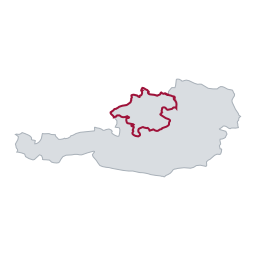 where Oberösterreich sits in Austria
{"feature_id": "AUT-2326", "entity_name": "Oberösterreich", "entity_type": "State", "adm_level": 1, "iso_a3": "AUT", "parent_name": "Austria", "parent_adm1": "", "projection": "natural_earth1", "projection_center": [13.938, 48.12], "detail": "fine", "context": "in_parent", "style": "outline", "palette": "rose", "viewbox_px": 256, "rotation_deg": 0, "n_neighbors": 0, "source": "natural_earth", "source_scale": "10m", "svg_char_len": 6915}
<svg xmlns="http://www.w3.org/2000/svg" viewBox="0 0 256 256"><path d="M15.4,144.1L17.9,139.5L18.4,136.7L16.3,135.0L15.4,134.5L16.2,134.1L19.2,134.4L21.1,133.5L22.1,132.6L24.8,133.5L28.7,135.2L30.5,136.4L31.2,137.3L31.6,138.1L31.4,139.4L32.3,140.0L34.1,140.2L35.3,140.6L34.9,142.3L34.8,143.8L36.5,143.6L38.6,142.4L40.3,140.5L41.4,138.5L42.3,133.9L42.5,133.5L43.8,133.8L49.0,133.6L51.4,134.5L55.3,134.7L55.3,135.4L55.9,136.5L57.6,138.2L58.5,139.3L60.3,139.4L63.1,138.9L64.7,138.2L65.3,138.7L67.9,138.2L70.1,136.9L70.7,135.9L73.0,135.2L76.1,133.5L80.3,132.3L94.2,130.9L94.7,129.9L94.5,127.5L94.9,127.2L96.6,127.8L99.4,128.3L101.6,129.2L103.0,130.3L104.3,130.3L106.3,129.5L109.0,129.0L111.5,130.2L112.2,131.4L111.8,132.0L111.8,133.0L112.6,133.8L114.7,135.2L117.3,136.3L118.7,136.2L119.2,135.1L119.7,132.4L119.9,129.6L119.3,127.9L117.8,127.5L116.1,127.4L115.2,127.1L115.6,126.2L116.9,123.8L116.9,120.7L113.9,117.2L111.2,113.8L111.3,112.6L112.9,110.6L115.3,109.0L120.8,106.3L122.5,105.7L124.7,105.3L127.9,104.2L129.4,103.0L130.4,101.8L131.9,95.4L132.3,95.1L132.7,94.8L138.3,97.0L138.8,96.6L139.7,96.2L141.5,94.6L141.9,93.3L141.9,90.8L142.0,88.6L142.4,87.8L143.2,88.1L145.6,89.3L147.5,90.6L149.2,94.0L153.4,94.9L158.6,95.0L160.5,93.5L162.2,93.1L164.1,93.6L168.1,94.1L168.6,91.4L170.9,88.6L171.9,87.6L174.9,87.7L175.6,85.6L176.3,79.7L176.9,79.1L179.1,79.2L181.2,80.3L181.9,81.1L183.0,81.0L184.5,80.5L186.3,80.1L189.0,80.7L194.7,83.4L197.7,84.3L199.6,84.1L201.4,84.2L208.2,88.3L213.0,88.9L217.3,88.9L218.7,87.6L220.6,86.6L222.5,86.7L224.2,87.3L227.5,89.1L229.0,89.5L231.0,89.8L232.5,90.2L233.9,93.3L234.6,94.1L234.5,94.5L234.4,95.9L233.2,97.7L232.0,100.0L232.1,102.1L235.4,109.2L238.3,113.5L238.8,115.1L240.6,116.4L238.9,118.0L238.6,120.3L237.5,121.4L237.3,122.7L237.8,124.0L237.8,125.5L238.4,127.6L235.7,128.1L232.4,128.0L231.2,128.1L230.1,128.7L229.0,128.4L226.0,126.4L224.3,126.0L223.2,126.1L222.3,127.0L220.8,128.1L219.4,128.9L219.7,129.5L225.8,131.3L227.0,134.1L225.8,136.3L225.4,137.4L224.0,138.3L222.2,139.0L220.1,139.2L219.9,140.4L220.7,144.0L220.1,144.7L219.4,145.8L220.1,148.8L221.4,149.0L221.7,149.6L221.5,150.8L221.3,152.1L220.8,153.4L220.6,154.0L219.7,154.4L217.0,154.2L214.6,155.3L209.9,159.4L208.3,160.1L206.5,161.8L206.7,165.4L206.4,165.7L206.0,166.4L200.3,165.2L200.1,165.2L196.3,165.6L193.7,167.3L190.6,168.2L184.0,167.7L177.6,168.4L176.0,168.9L174.4,169.1L172.8,170.1L171.9,171.5L170.3,173.2L168.1,174.5L165.6,175.6L165.0,176.4L164.2,176.9L162.8,176.3L161.7,176.3L160.3,175.9L155.8,175.4L150.8,174.6L148.4,173.8L145.7,173.2L142.8,172.7L140.2,172.6L138.9,172.4L132.7,171.0L128.5,171.0L123.1,170.4L112.3,168.4L109.2,167.6L106.2,167.3L102.6,166.6L99.9,165.5L98.2,163.3L96.4,160.5L93.1,156.7L92.4,154.8L93.4,153.2L94.5,152.0L94.4,151.4L93.5,151.2L87.6,152.8L81.8,154.8L79.6,154.8L77.4,154.4L74.5,154.4L71.7,154.9L66.1,155.2L62.8,156.7L60.7,159.6L59.5,161.9L58.5,162.7L56.6,163.0L53.7,162.7L51.6,162.1L49.5,160.1L46.3,159.8L43.3,159.7L42.5,159.4L42.6,158.1L41.5,155.6L39.5,154.8L34.4,159.5L33.0,159.9L29.0,158.6L25.5,156.6L25.1,155.2L24.6,154.0L21.6,152.9L17.9,152.1L16.8,152.1L17.2,151.4L17.7,150.2L17.4,149.3L16.6,148.3L16.1,147.3L16.0,146.3L15.8,145.4L15.6,144.7L15.4,144.1Z" fill="#d9dde1" stroke="#a8b0b8" stroke-width="1"/><path d="M167.7,95.0L168.1,94.6L168.7,95.1L170.6,95.5L171.5,95.8L172.5,96.3L173.6,96.4L174.0,96.5L174.5,96.8L174.7,97.2L174.8,97.6L174.8,97.8L174.7,97.8L174.0,97.8L173.9,97.8L173.8,98.0L173.8,98.4L173.8,98.6L173.8,98.9L173.9,99.3L174.6,100.1L175.3,100.3L175.5,101.5L176.0,101.9L176.2,102.2L176.5,104.1L176.3,107.3L176.3,108.2L175.9,107.7L175.5,107.5L175.2,107.4L173.7,107.5L173.2,107.7L172.8,108.1L172.3,108.6L171.9,108.9L167.7,109.8L167.1,109.6L166.6,109.2L165.8,108.2L165.4,107.8L165.0,107.6L164.4,107.4L163.1,107.4L162.7,107.7L162.5,107.8L162.3,107.9L162.2,108.0L162.1,108.4L161.9,109.9L161.8,110.2L161.7,110.5L161.6,110.8L161.8,111.8L161.8,112.0L162.0,112.2L161.9,112.3L161.8,112.6L161.4,112.9L161.4,113.0L161.4,113.3L160.9,114.0L160.7,114.2L160.4,114.3L160.4,114.5L160.9,115.0L165.7,118.1L167.3,118.7L168.2,119.0L168.8,119.3L169.4,119.7L169.8,120.0L170.0,120.3L170.0,121.0L169.4,121.7L169.0,123.0L169.0,123.9L169.0,124.4L168.5,125.3L166.6,126.6L162.3,128.1L162.0,128.4L161.9,128.7L161.6,129.0L161.1,129.2L160.1,129.4L159.4,129.8L158.1,130.7L157.4,130.9L156.5,130.9L155.9,130.7L155.2,130.5L153.6,129.5L153.3,129.4L152.9,129.5L151.8,130.0L150.4,130.3L149.8,130.7L149.6,130.7L149.4,130.3L149.4,130.0L149.1,129.3L147.7,127.9L146.4,128.1L146.0,128.0L145.2,127.8L144.3,127.6L143.9,127.5L143.2,127.1L142.9,127.1L142.6,127.1L139.4,128.5L138.9,128.8L138.6,129.2L138.4,129.8L138.3,130.2L138.3,131.0L138.3,131.4L138.4,131.7L138.6,132.1L139.0,132.5L139.3,132.9L139.6,133.2L139.8,133.7L140.0,134.3L140.0,134.8L139.9,135.2L139.8,135.4L139.7,135.5L138.9,136.0L138.5,136.3L138.2,136.4L135.4,135.9L133.7,135.0L132.7,134.1L132.5,133.6L132.4,133.0L132.6,132.5L133.0,131.8L133.2,131.5L133.3,131.2L133.2,130.8L132.7,130.1L133.8,127.2L133.7,126.9L133.4,126.6L132.7,126.5L132.1,126.3L131.8,126.1L131.6,126.0L131.5,125.9L131.4,125.6L131.5,125.4L132.8,125.2L133.3,125.1L133.7,124.7L133.0,124.2L127.6,123.2L127.2,122.9L126.9,122.6L126.8,122.3L126.4,120.9L126.3,120.4L126.3,119.9L126.4,118.9L126.5,118.4L126.6,118.1L126.7,117.9L126.8,117.8L127.0,117.8L127.8,118.0L128.2,118.0L128.7,117.9L128.9,117.6L129.0,117.3L128.7,117.1L128.4,116.9L128.1,116.8L127.2,116.2L125.2,117.0L123.5,117.2L122.4,117.1L121.2,116.7L120.1,115.8L119.4,115.4L118.6,115.4L117.4,115.4L116.8,115.6L116.5,115.8L116.2,116.4L116.2,116.5L115.8,116.7L114.4,117.1L113.8,117.3L113.8,116.9L113.3,116.0L111.3,114.2L111.0,113.8L110.7,113.3L110.6,112.9L110.6,112.3L110.8,112.1L111.0,112.0L111.4,112.0L111.8,111.4L113.1,110.6L113.5,110.2L114.0,109.5L114.3,109.2L114.7,109.0L116.4,108.7L116.8,108.3L117.7,107.9L118.8,107.0L119.3,106.7L122.4,105.7L126.4,105.1L127.4,104.6L130.3,102.5L130.7,101.9L130.9,101.1L130.9,100.9L131.1,100.7L131.2,100.4L131.3,100.1L131.2,99.0L131.3,98.6L131.4,98.3L131.8,97.6L131.9,97.2L131.8,96.9L131.6,96.5L131.4,95.9L131.4,95.7L131.5,95.3L131.8,95.1L132.7,94.8L133.7,94.7L136.8,95.4L137.3,95.6L137.7,95.9L138.2,96.5L139.4,97.0L139.5,97.0L139.7,96.0L140.0,95.6L140.7,95.5L140.9,95.4L141.2,95.2L141.3,95.1L141.8,94.1L142.0,93.6L142.1,93.1L142.1,92.5L142.0,91.3L142.0,90.8L142.4,90.5L142.1,90.4L141.9,90.2L141.6,89.7L141.4,89.8L141.5,89.4L142.4,87.9L143.6,88.1L144.1,88.4L144.7,88.7L145.3,89.2L147.3,90.1L147.5,90.3L148.0,91.0L148.2,91.3L148.4,91.4L148.6,91.5L148.8,91.8L148.8,92.0L148.6,92.1L148.4,92.1L148.2,92.4L148.0,92.5L148.1,93.1L148.2,93.3L148.8,93.9L149.0,94.0L150.0,94.4L154.2,94.8L157.1,95.7L157.4,95.6L157.6,95.6L158.2,95.2L159.7,94.6L160.2,94.2L160.8,92.7L161.3,92.5L162.0,93.2L163.1,93.7L163.5,93.8L163.9,93.7L164.8,93.3L165.3,93.3L165.5,93.4L165.5,93.7L165.5,93.9L165.6,94.1L165.8,94.1L166.3,94.0L166.5,94.0L166.8,94.4L167.0,94.7L167.2,95.0L167.7,95.0Z" fill="none" stroke="#9f1239" stroke-width="2"/></svg>